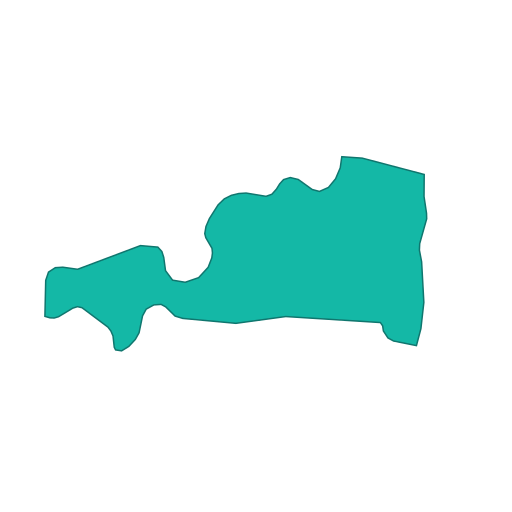 the border of Fermo, rotated 24°
{"feature_id": "ITA-5430", "entity_name": "Fermo", "entity_type": "Province", "adm_level": 1, "iso_a3": "ITA", "parent_name": "Italy", "parent_adm1": "", "projection": "robinson", "projection_center": [13.497, 43.091], "detail": "fine", "context": "isolated", "style": "filled", "palette": "teal", "viewbox_px": 512, "rotation_deg": 24, "n_neighbors": 0, "source": "natural_earth", "source_scale": "10m", "svg_char_len": 1134}
<svg xmlns="http://www.w3.org/2000/svg" viewBox="0 0 512 512"><g transform="rotate(24 256 256)"><path d="M376.5,113.1L385.3,133.3L394.4,147.6L396.8,152.6L400.5,178.1L402.9,184.2L409.7,194.0L428.2,230.1L436.2,255.3L439.0,272.6L416.3,277.7L409.9,277.2L402.9,272.7L400.1,268.3L396.7,266.2L307.8,299.2L265.0,325.7L214.5,342.8L206.5,343.8L194.2,339.2L189.0,338.8L182.6,342.2L177.3,349.2L176.7,356.8L180.4,373.7L179.7,381.3L176.6,390.3L171.8,397.3L165.9,398.9L163.6,397.0L157.9,387.2L153.9,383.5L149.7,381.2L118.1,374.0L113.5,374.9L109.8,378.2L100.3,391.8L96.9,394.7L92.9,396.3L87.7,397.0L73.8,363.8L73.0,355.1L77.4,348.3L84.1,344.8L98.4,340.7L146.2,293.5L162.7,287.8L168.2,290.2L172.3,294.8L179.3,306.2L189.6,312.0L202.0,308.8L212.4,299.1L216.9,285.8L216.4,275.7L215.0,271.0L212.7,266.9L202.7,259.7L200.1,256.4L198.3,249.4L198.2,240.7L200.6,224.6L203.8,216.7L208.8,210.6L214.9,205.9L221.4,202.5L240.9,197.4L245.4,193.1L247.5,186.5L248.3,180.5L250.1,175.0L255.4,170.4L263.5,168.9L280.3,172.4L287.7,171.2L294.3,163.9L297.3,153.1L297.1,141.2L294.0,130.4L313.2,123.4L376.5,113.1Z" fill="#14b8a6" stroke="#0f766e" stroke-width="1.5"/></g></svg>